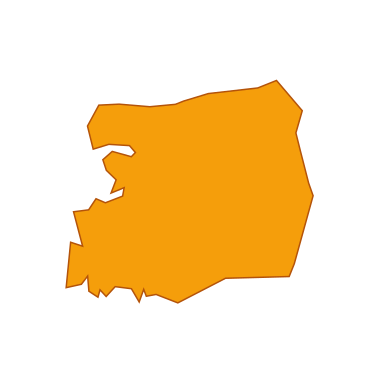 Montgomery, Virginia, United States of America (Albers equal-area conic projection), rotated 21°
{"feature_id": "52423323B95683918049548", "entity_name": "Montgomery", "entity_type": "district", "adm_level": 2, "iso_a3": "USA", "parent_name": "United States of America", "parent_adm1": "Virginia", "projection": "albers", "projection_center": [-80.462, 37.177], "detail": "fine", "context": "isolated", "style": "filled", "palette": "amber", "viewbox_px": 384, "rotation_deg": 21, "n_neighbors": 0, "source": "geoboundaries", "source_scale": "gbopen_adm2", "svg_char_len": 768}
<svg xmlns="http://www.w3.org/2000/svg" viewBox="0 0 384 384"><g transform="rotate(21 192 192)"><path d="M88.5,252.9L109.3,281.8L96.7,282.4L108.8,326.4L121.8,317.8L124.7,307.9L131.3,321.6L141.9,323.9L141.2,316.3L149.3,320.3L154.2,307.9L170.1,304.0L182.1,313.6L181.8,300.2L186.7,305.7L195.2,300.5L218.5,300.6L254.2,260.5L260.5,257.9L313.0,236.1L313.2,222.3L306.4,152.1L297.7,141.9L278.8,115.3L267.8,99.6L265.8,76.6L230.9,57.6L216.1,71.3L171.9,94.3L151.6,110.1L145.1,116.1L122.1,127.5L92.5,136.1L73.9,144.3L70.8,167.9L84.4,187.4L97.3,177.3L117.0,171.1L125.0,175.4L122.7,180.8L103.0,182.7L97.2,193.8L104.3,202.5L116.8,207.8L116.8,222.0L127.1,212.3L128.7,220.7L115.0,233.1L104.8,232.7L101.9,245.7L88.5,252.9Z" fill="#f59e0b" stroke="#b45309" stroke-width="1.5"/></g></svg>